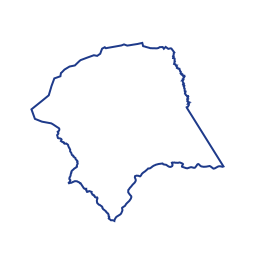 the district of Marechal Thaumaturgo, Acre, Brazil, rotated 238°
{"feature_id": "56859067B20321817435664", "entity_name": "Marechal Thaumaturgo", "entity_type": "district", "adm_level": 2, "iso_a3": "BRA", "parent_name": "Brazil", "parent_adm1": "Acre", "projection": "equal_earth", "projection_center": [-72.677, -9.092], "detail": "fine", "context": "isolated", "style": "outline", "palette": "blue", "viewbox_px": 256, "rotation_deg": 238, "n_neighbors": 0, "source": "geoboundaries", "source_scale": "gbopen_adm2", "svg_char_len": 5720}
<svg xmlns="http://www.w3.org/2000/svg" viewBox="0 0 256 256"><g transform="rotate(238 128 128)"><path d="M204.0,85.2L202.7,83.8L202.2,83.2L197.7,78.1L196.6,69.5L196.4,67.9L196.2,66.1L195.0,56.0L193.5,55.7L185.1,53.9L179.1,58.3L178.6,58.8L172.6,65.4L170.7,66.4L165.9,68.6L165.1,69.0L164.5,69.3L163.8,69.3L163.3,69.1L162.8,68.7L162.3,68.1L162.1,67.3L162.1,66.4L161.3,66.2L160.6,66.3L160.1,65.9L159.9,65.4L159.8,64.7L159.5,64.1L158.7,63.9L158.2,63.8L157.3,63.4L156.6,63.3L156.2,63.6L155.9,63.9L155.2,64.8L154.6,65.3L154.1,65.5L153.5,65.6L152.9,64.9L152.5,64.2L151.9,64.5L151.3,64.7L150.8,65.0L150.5,65.4L150.2,65.8L149.6,66.0L149.2,65.6L148.4,65.8L147.8,66.7L147.7,67.3L147.3,67.5L146.8,67.7L146.5,67.9L145.9,68.1L145.3,68.2L144.7,67.9L144.1,67.8L143.2,67.7L142.7,67.5L141.9,67.7L141.5,67.6L141.0,67.5L140.3,67.5L139.7,67.1L139.0,66.6L138.5,66.6L137.9,66.6L137.4,66.7L136.9,66.7L136.3,66.5L135.7,66.4L135.1,66.2L134.5,66.3L134.0,66.5L133.7,66.9L133.2,66.9L132.7,66.6L132.2,66.9L131.6,66.9L130.9,67.3L130.4,67.5L129.9,67.3L129.3,67.1L128.6,67.2L128.1,67.4L127.6,67.4L127.1,67.6L126.4,67.5L126.1,66.8L125.6,66.8L125.3,66.6L124.8,66.7L124.3,66.3L124.1,65.9L123.8,65.4L123.4,64.8L122.8,64.5L122.2,64.2L122.3,63.4L122.0,62.7L122.1,61.5L122.0,60.5L121.8,60.0L121.7,59.2L121.6,58.4L121.4,57.7L121.2,57.1L120.7,56.8L120.5,56.3L120.0,56.2L119.6,55.6L119.2,54.9L118.7,54.6L118.4,54.4L117.8,53.7L117.3,53.1L117.2,52.5L116.8,52.0L116.4,51.8L116.0,51.3L115.6,51.2L115.1,51.4L114.5,51.5L114.1,51.3L113.6,50.5L113.2,49.8L113.0,49.2L112.9,48.7L112.4,48.7L112.1,49.7L112.0,50.4L111.6,50.9L111.5,51.6L111.5,52.4L111.3,53.1L111.2,54.1L111.1,54.7L110.8,55.1L110.5,55.7L110.1,56.1L109.7,56.6L108.9,57.0L108.4,57.4L107.9,57.7L107.4,57.9L106.7,57.9L106.4,58.5L101.3,58.6L100.6,58.6L100.2,58.6L99.8,58.9L99.5,59.3L99.0,59.3L98.7,59.7L98.5,60.3L98.0,60.0L97.5,59.6L96.9,59.8L96.2,59.4L95.5,59.4L95.2,60.1L95.2,60.9L95.1,61.4L94.8,62.0L94.2,62.4L93.7,62.8L93.1,63.3L92.5,62.8L91.9,62.6L91.3,62.6L90.7,62.8L90.2,62.6L89.7,62.9L89.3,63.4L88.7,63.2L88.3,63.6L87.7,63.6L86.9,63.4L86.4,63.7L86.1,64.1L85.7,64.3L85.5,65.0L84.9,65.0L84.4,64.7L83.9,64.1L83.4,63.5L82.8,63.0L82.1,62.7L81.6,62.5L81.0,62.2L80.3,62.2L79.8,62.4L79.1,62.5L78.6,62.6L78.2,62.8L77.8,63.3L77.1,63.5L76.7,63.6L76.1,64.0L75.6,64.2L74.9,64.3L74.3,64.3L73.9,63.9L73.2,64.0L72.6,63.9L72.1,64.0L71.3,64.4L70.7,64.5L70.1,64.8L69.4,65.0L68.7,65.2L68.2,65.0L67.5,65.3L67.0,65.3L66.4,65.4L66.0,65.8L65.0,65.6L64.5,65.5L64.0,65.1L63.4,64.8L62.9,65.1L62.3,64.9L61.9,64.1L61.5,63.7L60.8,63.9L60.2,64.3L59.7,64.4L59.1,64.5L58.7,64.7L58.4,65.4L57.9,66.1L57.3,66.6L56.9,66.9L56.4,67.2L57.2,67.9L57.7,68.7L58.5,70.2L58.8,71.2L58.8,75.7L59.1,76.8L60.5,78.9L61.3,79.8L63.2,80.5L63.5,80.8L63.6,84.3L64.5,86.0L64.9,87.5L65.5,90.5L66.6,93.0L67.7,94.3L68.6,94.6L69.6,94.4L71.1,94.2L73.3,94.1L74.6,94.9L75.3,95.5L75.5,96.3L76.2,97.8L76.7,99.7L77.5,101.9L78.1,104.6L78.7,105.9L79.3,106.7L80.2,107.2L82.4,107.6L83.4,108.4L83.1,110.0L81.8,111.7L81.1,112.1L80.6,112.7L80.8,113.7L81.8,115.5L82.1,117.2L82.2,119.5L82.7,122.5L82.8,123.1L83.0,123.7L82.2,125.0L82.2,127.1L82.4,128.1L82.4,130.0L82.2,131.0L82.1,132.1L81.2,135.0L79.6,138.5L78.5,138.7L77.3,140.0L76.5,140.9L74.3,141.8L73.3,142.4L72.6,143.2L72.3,144.1L72.3,145.3L73.0,146.2L75.3,146.8L75.2,147.4L74.4,148.4L74.1,149.2L73.5,149.7L71.9,152.1L71.5,153.4L70.9,154.0L68.9,155.4L68.2,155.5L67.0,153.5L66.6,153.3L66.0,153.7L65.3,154.3L63.4,155.8L62.4,156.9L61.6,160.2L61.2,161.0L59.3,162.8L58.9,163.6L59.0,164.3L59.9,166.6L60.3,167.3L60.3,168.4L59.5,168.9L57.7,169.3L56.6,169.8L55.0,171.6L53.8,173.8L52.5,177.1L51.5,177.7L48.3,178.9L47.8,180.1L47.6,183.9L47.3,185.0L46.6,186.0L45.0,187.6L44.8,188.6L113.9,188.6L114.5,188.7L114.5,189.3L114.3,189.9L114.5,190.5L115.0,191.1L115.3,191.9L115.8,192.1L116.4,192.4L116.8,191.7L117.1,192.3L117.0,192.9L117.5,192.8L117.4,193.5L117.8,193.2L118.4,192.8L119.1,192.5L119.5,193.2L120.1,193.6L120.6,193.2L121.2,193.6L121.1,194.3L121.5,194.2L122.2,195.1L122.8,195.2L122.8,195.8L123.2,195.9L123.6,194.9L124.1,195.1L124.5,194.9L125.2,194.6L125.8,194.6L126.2,194.7L126.6,194.7L127.0,194.5L127.4,194.9L127.8,195.3L128.1,196.0L128.5,196.2L129.0,195.6L129.6,195.9L130.2,196.1L130.7,196.5L131.3,196.9L131.8,196.7L132.3,196.8L132.7,197.2L133.2,197.5L134.0,197.4L134.1,198.2L134.8,198.2L135.5,197.8L135.8,198.6L136.3,198.3L136.6,198.9L137.3,199.0L137.8,198.9L138.4,199.0L139.0,199.2L139.3,199.9L139.6,199.4L139.8,200.1L140.4,200.2L140.5,200.9L140.9,201.4L141.1,202.2L141.6,202.6L141.7,203.3L142.4,203.5L142.6,203.0L142.8,202.3L143.4,202.4L144.2,202.6L144.5,201.9L145.0,201.7L145.5,202.2L145.9,201.6L146.5,201.5L147.0,202.1L147.4,202.4L147.8,202.6L148.4,202.3L149.0,202.5L149.5,202.6L149.9,202.7L150.4,202.6L151.0,203.0L151.5,202.5L151.9,201.9L152.3,201.7L152.8,201.9L153.1,201.4L153.7,201.9L154.3,201.7L155.0,201.8L155.2,202.3L155.6,201.7L156.1,201.7L156.7,202.0L157.1,201.8L157.4,201.4L157.9,201.0L158.4,201.6L159.1,202.2L159.4,202.9L159.9,202.8L160.4,203.1L160.8,203.6L161.4,203.8L162.2,204.3L162.9,203.9L163.4,203.3L163.9,203.8L164.1,204.5L164.5,204.4L165.0,204.2L165.4,204.8L165.7,205.5L166.4,205.8L166.8,206.2L167.2,206.4L167.4,207.3L172.4,206.9L173.0,206.3L173.8,204.1L176.8,202.9L176.2,200.4L178.3,200.3L179.2,198.7L179.8,197.6L179.7,196.3L180.2,194.8L182.8,190.8L183.9,189.2L184.4,188.8L187.1,186.3L188.2,185.4L189.4,184.2L192.6,185.2L194.2,180.6L196.0,176.4L197.2,173.5L198.3,171.0L201.0,168.9L201.5,166.2L203.7,160.7L206.7,153.3L207.4,151.5L208.0,151.2L208.8,151.1L209.0,148.1L207.9,146.6L205.7,143.8L205.5,140.1L207.8,137.6L209.4,130.2L210.7,123.7L210.4,121.7L209.2,116.1L211.1,111.0L211.2,105.1L210.4,101.9L210.1,100.2L207.7,98.1L209.1,91.8L204.3,85.6L204.0,85.2Z" fill="none" stroke="#1e3a8a" stroke-width="2"/></g></svg>